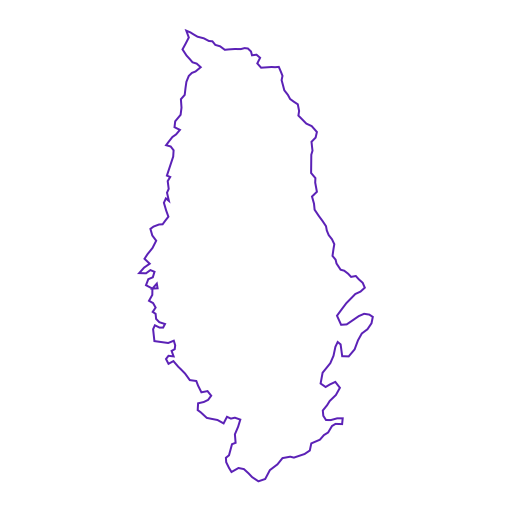 outline of Água Limpa, Goiás, Brazil
{"feature_id": "56859067B43995511544002", "entity_name": "Água Limpa", "entity_type": "district", "adm_level": 2, "iso_a3": "BRA", "parent_name": "Brazil", "parent_adm1": "Goiás", "projection": "natural_earth1", "projection_center": [-48.795, -18.074], "detail": "fine", "context": "isolated", "style": "outline", "palette": "violet", "viewbox_px": 512, "rotation_deg": 0, "n_neighbors": 0, "source": "geoboundaries", "source_scale": "gbopen_adm2", "svg_char_len": 3021}
<svg xmlns="http://www.w3.org/2000/svg" viewBox="0 0 512 512"><path d="M278.8,66.9L275.1,67.2L271.6,67.0L261.1,67.7L257.3,63.4L260.1,57.8L256.5,54.7L252.0,55.3L251.0,51.5L247.9,48.5L244.6,48.1L240.8,49.1L234.9,49.0L228.8,49.4L224.8,49.8L220.1,46.3L215.3,44.9L212.4,41.3L208.9,41.0L203.8,38.3L197.5,36.7L193.4,34.3L190.4,32.4L186.3,30.7L188.8,37.5L185.5,43.9L182.5,49.4L186.5,55.5L189.8,59.1L192.5,62.3L196.7,63.6L200.7,67.2L195.5,71.5L191.9,72.9L188.8,75.9L186.4,81.8L185.5,88.1L184.7,94.9L180.9,99.2L181.5,107.7L180.6,114.8L175.2,121.3L174.5,127.2L179.9,129.9L176.1,134.4L172.4,137.0L169.1,141.2L166.1,145.2L170.7,146.5L173.6,150.3L173.2,156.6L166.9,175.6L170.2,177.0L167.7,181.1L168.7,188.9L167.0,192.7L168.9,200.9L165.9,198.4L163.9,202.8L166.1,210.3L168.4,216.7L165.4,220.5L162.6,224.3L159.0,224.5L153.5,226.6L150.4,228.9L152.3,235.5L156.2,240.7L152.5,248.0L147.5,254.2L144.5,258.8L149.7,263.7L144.1,267.6L139.2,273.1L146.0,273.3L150.4,270.1L154.5,271.8L152.8,277.3L148.3,279.2L146.0,285.2L152.4,288.6L152.3,294.9L149.0,300.8L153.1,303.1L155.6,307.6L152.7,311.9L155.6,313.8L156.1,318.9L159.3,322.2L165.0,324.0L163.1,327.6L159.6,327.6L154.9,325.3L153.1,329.2L154.4,341.1L168.2,343.0L173.8,340.7L175.2,345.4L174.7,349.2L171.6,350.9L173.6,356.4L168.5,355.8L166.0,359.0L168.5,363.8L173.4,361.1L178.3,366.8L181.3,369.7L185.1,373.6L189.8,380.1L196.3,381.0L198.0,385.5L201.4,392.3L207.5,391.1L211.2,395.7L208.1,399.9L203.8,402.0L198.1,403.3L197.7,410.1L200.6,412.2L206.8,417.9L211.3,418.8L217.5,420.0L223.6,423.4L227.0,416.8L230.9,418.6L234.9,417.7L240.3,419.6L238.1,426.8L234.9,434.3L235.6,442.8L232.0,444.2L229.0,455.3L225.9,457.8L226.2,462.2L229.0,467.9L231.5,472.0L238.5,468.0L243.9,469.1L248.5,473.3L252.1,477.1L258.4,481.3L265.2,479.0L269.9,470.1L277.5,464.3L282.5,458.1L290.2,456.7L293.9,457.6L304.6,454.0L309.8,450.5L311.3,443.4L319.9,439.7L323.9,435.1L328.1,432.5L332.0,426.0L335.5,423.9L342.1,424.1L342.7,418.3L337.3,418.3L330.7,420.1L326.0,420.0L323.3,415.8L322.8,410.5L327.1,405.2L329.7,401.0L335.9,395.0L339.9,387.8L335.3,381.9L330.0,384.4L325.6,387.0L320.6,383.5L322.6,372.7L330.3,363.2L333.5,355.8L335.4,346.8L337.7,342.0L340.6,344.4L342.2,356.2L348.7,356.4L354.6,349.4L358.0,340.3L361.8,333.5L367.5,329.2L371.5,323.3L372.8,316.9L369.3,314.6L364.1,313.8L358.8,316.1L346.7,324.4L341.1,324.8L337.0,315.7L342.0,308.9L346.3,303.2L355.3,294.0L360.5,291.6L364.8,287.7L362.7,282.8L358.8,279.3L355.8,276.0L351.1,276.9L348.1,273.7L344.2,270.7L340.6,269.7L336.5,263.5L335.6,259.7L332.5,255.9L333.5,248.9L334.3,244.2L332.0,239.3L328.7,235.1L326.8,230.5L326.0,226.2L322.6,221.1L318.7,215.8L314.6,209.7L314.0,203.7L312.0,196.5L316.9,191.8L315.2,182.6L315.4,178.1L311.1,173.0L311.3,154.7L312.5,150.7L312.0,146.5L311.5,141.8L315.6,137.6L316.9,132.0L311.7,126.1L306.3,123.6L302.3,119.5L298.4,115.6L299.1,111.0L297.8,104.3L293.8,101.7L290.1,99.0L287.9,94.9L284.3,90.3L283.0,85.3L281.6,80.1L282.5,75.9L281.1,72.3L278.8,66.9ZM152.4,288.6L156.8,283.6L157.6,288.3L152.4,288.6Z" fill="none" stroke="#5b21b6" stroke-width="2"/></svg>